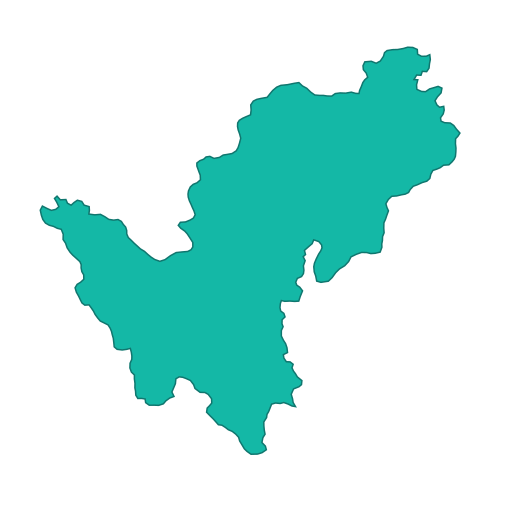 Monjolos, Minas Gerais, Brazil, rotated 86°
{"feature_id": "56859067B56933655704963", "entity_name": "Monjolos", "entity_type": "district", "adm_level": 2, "iso_a3": "BRA", "parent_name": "Brazil", "parent_adm1": "Minas Gerais", "projection": "robinson", "projection_center": [-44.02, -18.393], "detail": "fine", "context": "isolated", "style": "filled", "palette": "teal", "viewbox_px": 512, "rotation_deg": 86, "n_neighbors": 0, "source": "geoboundaries", "source_scale": "gbopen_adm2", "svg_char_len": 5081}
<svg xmlns="http://www.w3.org/2000/svg" viewBox="0 0 512 512"><g transform="rotate(86 256 256)"><path d="M61.2,80.7L58.9,85.0L58.3,90.1L59.3,94.7L59.9,100.2L59.7,105.3L60.2,110.9L62.1,113.6L65.7,114.9L70.2,118.4L72.1,122.7L69.8,127.4L69.9,133.9L73.7,136.0L77.6,135.9L81.2,133.3L85.5,132.1L87.9,135.3L90.4,137.3L94.5,139.2L98.1,141.1L101.1,141.9L100.7,145.3L99.2,149.5L99.8,155.2L99.2,160.7L99.5,165.6L101.8,169.4L101.3,174.1L100.5,177.6L100.2,181.6L99.5,186.1L96.4,189.9L92.2,193.7L89.6,197.8L86.0,201.1L86.4,205.9L87.3,212.6L87.5,219.3L89.0,223.6L92.0,227.7L95.3,230.9L98.5,233.8L99.2,240.4L99.8,244.3L101.3,247.9L104.9,250.7L110.1,250.7L114.8,251.6L116.4,256.3L117.7,259.8L119.5,263.2L122.0,265.0L125.5,265.4L128.9,265.0L133.2,263.8L137.5,263.0L142.6,264.7L146.6,266.3L149.7,268.4L152.1,272.7L152.7,278.0L153.0,281.7L155.1,285.6L155.7,291.1L153.4,295.1L153.7,298.9L155.8,301.5L157.0,305.4L159.1,308.5L162.2,308.7L165.3,307.8L168.5,306.9L171.4,306.0L176.1,306.1L178.9,309.8L180.1,313.6L182.5,316.7L186.3,318.8L189.4,319.5L192.5,319.5L196.3,318.6L200.2,317.1L203.7,315.9L206.8,314.7L210.6,313.8L213.8,315.8L215.5,319.1L217.1,323.9L217.1,329.1L220.0,331.4L223.1,329.1L226.2,325.3L229.0,323.1L232.9,320.9L238.1,318.1L242.6,318.4L245.2,320.3L246.7,323.7L246.8,329.6L247.0,335.4L249.7,341.3L253.3,347.0L254.6,352.3L252.4,357.3L249.9,360.6L247.0,363.7L243.6,366.9L240.8,370.9L237.6,373.9L234.7,376.7L231.8,379.2L228.7,382.1L225.0,383.4L221.6,383.2L218.1,384.0L215.2,386.2L212.1,387.9L210.0,391.1L210.3,395.5L209.2,400.3L206.3,404.0L203.6,408.3L203.7,414.0L202.5,419.8L198.8,419.0L195.1,419.0L193.3,423.9L189.4,426.0L187.9,430.3L189.9,433.7L192.4,436.9L190.2,440.4L186.4,441.7L186.3,447.3L182.4,450.3L184.5,453.0L188.5,451.0L193.1,449.2L195.5,452.5L196.2,457.0L193.9,461.3L191.3,465.6L195.2,468.0L200.2,467.3L204.7,466.1L208.5,463.7L210.9,460.1L212.3,456.0L214.5,452.3L215.8,448.4L220.8,446.8L226.1,447.3L229.9,445.1L234.7,443.8L239.3,441.2L242.3,438.8L245.5,435.7L249.3,432.1L252.4,431.0L255.7,431.3L259.5,430.8L262.8,429.2L267.2,429.4L270.0,432.9L271.8,436.4L275.1,438.7L279.6,437.7L283.8,435.7L287.6,434.2L290.7,432.9L293.1,430.2L293.1,426.0L296.2,424.0L299.8,421.9L303.0,420.6L306.7,418.3L310.0,415.9L311.8,412.8L314.4,408.4L317.9,406.5L321.2,405.4L324.4,404.9L328.1,404.1L332.6,403.9L336.7,403.8L339.4,401.1L340.4,396.0L340.1,391.6L339.4,387.8L343.3,387.1L347.0,386.8L350.4,387.1L354.2,389.1L358.9,389.6L363.1,388.4L366.2,385.6L370.1,385.9L374.6,385.6L379.1,386.0L382.3,385.6L386.5,385.6L389.9,383.8L390.1,380.0L390.9,376.6L394.6,376.3L397.4,372.9L397.7,368.1L398.2,363.5L397.0,358.7L394.2,356.0L391.7,352.0L390.4,347.6L385.8,349.4L381.5,347.2L377.7,345.3L372.9,344.5L371.2,341.0L371.9,337.5L373.3,334.4L375.6,330.1L380.0,327.2L383.9,326.1L388.1,321.3L388.6,316.5L390.7,313.3L395.3,310.3L399.6,310.4L402.1,312.8L404.3,315.3L408.4,316.2L412.5,312.7L415.3,310.2L418.4,307.8L421.7,305.3L422.4,301.8L424.8,298.6L427.4,295.7L429.2,292.1L432.2,288.7L435.6,286.0L439.4,285.2L443.5,283.1L447.5,281.1L450.3,278.6L453.4,274.8L453.7,268.2L452.6,263.6L450.0,259.2L446.3,259.9L442.5,263.1L437.7,261.8L434.4,259.4L430.2,259.9L426.1,260.0L422.1,259.8L417.9,256.7L414.8,256.1L412.2,254.3L408.3,252.4L404.9,250.8L404.0,246.8L404.8,242.2L404.1,238.5L405.9,234.4L408.1,230.7L409.0,227.1L404.7,229.2L401.0,229.5L396.4,230.5L391.2,227.8L389.4,222.2L387.5,219.6L383.5,218.9L379.5,223.2L376.1,224.9L373.5,226.6L370.1,227.9L366.6,226.5L364.0,229.4L363.6,233.1L359.8,235.3L356.3,235.6L354.5,231.3L349.7,231.5L345.5,232.6L342.0,234.5L337.6,236.3L332.1,235.9L328.4,233.9L325.4,234.8L321.4,234.4L318.8,231.3L315.2,232.2L312.6,235.2L309.2,235.7L305.1,235.0L302.2,233.8L303.2,230.5L303.3,225.4L304.0,220.6L304.0,216.5L299.5,214.7L294.0,212.0L290.2,214.5L287.9,217.4L284.9,218.2L281.2,216.3L279.7,212.0L276.9,209.9L273.5,209.2L269.1,209.4L264.1,207.3L260.0,209.0L258.0,206.5L253.8,207.3L250.4,202.9L247.6,199.1L243.9,197.3L246.0,192.3L249.5,189.8L252.5,189.6L255.3,191.0L258.5,193.4L263.1,196.1L267.3,198.2L270.7,199.1L275.9,199.0L280.2,197.8L285.3,197.2L286.8,193.1L286.2,185.6L282.9,181.6L278.1,177.6L274.7,173.6L271.9,168.2L268.0,164.0L263.5,161.3L261.3,155.8L259.8,150.4L260.3,145.2L261.6,141.3L261.6,137.0L260.8,131.9L256.1,129.8L252.7,129.7L249.4,128.8L245.5,128.4L241.8,126.6L237.1,126.6L231.8,126.1L228.3,124.2L224.4,122.6L220.2,120.7L216.7,122.0L212.9,122.8L208.8,120.0L205.9,116.4L205.9,111.5L205.1,106.7L204.7,102.9L203.3,99.4L200.4,97.5L197.4,94.3L196.2,90.1L194.3,85.0L193.3,80.4L190.8,77.2L186.6,75.9L183.0,73.6L181.9,69.4L180.7,66.0L178.5,62.6L178.5,57.2L175.7,53.8L173.2,51.5L170.5,50.1L166.2,49.4L162.3,49.0L157.8,49.2L152.9,48.7L150.7,46.3L147.6,44.0L143.3,47.3L139.6,49.6L136.9,52.9L136.2,58.5L134.4,62.0L131.0,62.3L127.3,59.3L123.6,58.1L119.8,58.3L120.4,62.5L117.9,65.0L113.6,66.6L109.9,63.9L106.2,60.0L101.5,58.8L99.5,62.5L100.5,66.9L101.4,71.1L103.9,75.4L103.4,79.4L101.0,83.9L96.4,83.9L91.5,82.3L91.0,86.1L86.7,83.1L87.2,78.8L83.4,77.2L84.0,72.9L80.7,70.3L76.2,69.5L72.2,68.4L67.3,68.6L68.6,72.2L68.3,77.0L66.0,80.7L61.2,80.7Z" fill="#14b8a6" stroke="#0f766e" stroke-width="1.5"/></g></svg>